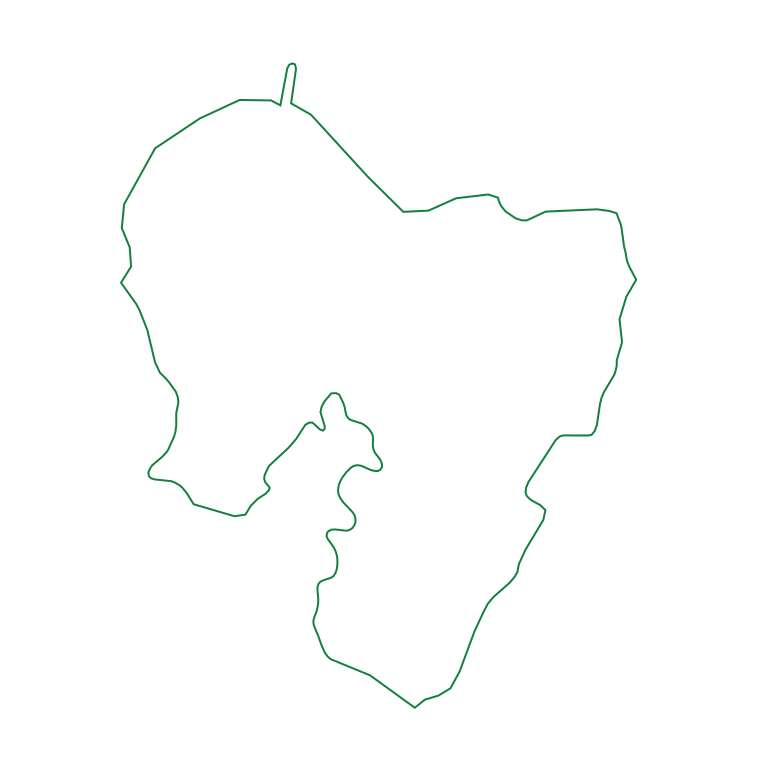 outline of North Tipperary, rotated 177°
{"feature_id": "IRL-724", "entity_name": "North Tipperary", "entity_type": "County", "adm_level": 1, "iso_a3": "IRL", "parent_name": "Ireland", "parent_adm1": "", "projection": "albers", "projection_center": [-8.01, 52.847], "detail": "fine", "context": "isolated", "style": "outline", "palette": "green", "viewbox_px": 768, "rotation_deg": 177, "n_neighbors": 0, "source": "natural_earth", "source_scale": "10m", "svg_char_len": 2872}
<svg xmlns="http://www.w3.org/2000/svg" viewBox="0 0 768 768"><g transform="rotate(177 384 384)"><path d="M580.4,273.9L586.7,285.4L590.6,290.7L592.8,293.1L598.3,296.7L601.7,298.1L617.9,300.7L621.5,302.0L623.5,304.2L624.0,307.8L622.1,311.8L619.8,314.9L609.2,323.0L604.6,327.4L602.8,330.0L596.3,342.7L594.7,347.4L593.6,353.8L593.0,365.7L590.3,376.4L590.5,381.1L592.2,387.0L598.1,396.3L601.8,401.2L607.2,407.0L611.5,417.7L617.6,450.5L624.1,470.0L627.2,476.8L641.3,498.9L630.4,514.5L630.8,533.8L637.7,553.5L634.1,577.1L600.2,631.4L553.9,658.9L513.3,675.2L481.9,673.1L472.9,667.7L464.1,704.3L461.8,707.9L458.6,708.9L456.1,707.8L455.4,703.2L462.1,669.1L442.9,656.8L431.8,643.4L389.4,591.9L355.7,554.9L330.5,554.8L302.3,565.7L270.0,567.8L260.4,564.1L259.6,560.2L257.5,555.2L253.5,549.9L244.0,542.6L238.0,540.3L232.9,539.9L213.6,547.7L162.1,547.3L150.0,545.0L142.9,542.4L139.5,531.9L138.7,528.2L137.1,509.2L136.8,507.1L136.1,504.0L134.9,494.3L132.8,488.1L126.7,474.9L137.4,458.5L145.4,436.4L144.1,413.0L150.3,395.6L150.6,390.3L152.0,385.1L153.6,381.1L164.8,364.4L167.4,359.1L169.4,352.5L173.5,332.1L176.1,325.9L179.4,322.3L183.0,321.9L207.9,323.3L211.5,322.3L215.5,319.0L244.8,278.7L247.5,273.1L248.3,268.1L247.3,264.8L245.2,262.2L242.8,260.2L234.2,254.8L229.4,249.6L232.0,239.9L251.4,211.1L258.8,196.9L260.7,189.0L263.8,184.4L269.2,178.7L285.7,165.7L291.8,159.2L296.7,150.8L306.6,132.2L323.5,93.0L333.5,76.7L345.9,70.0L359.6,66.7L370.2,59.1L413.2,93.8L451.7,112.0L454.7,115.0L457.3,119.1L460.3,127.2L463.2,137.0L464.5,140.3L466.7,146.7L467.0,150.1L466.6,152.4L465.7,155.0L463.1,160.9L462.1,164.4L461.3,168.1L460.9,172.2L461.2,180.5L461.1,184.4L459.9,187.8L457.7,190.0L454.4,191.3L447.2,193.2L444.5,194.8L442.5,197.6L441.1,200.8L440.2,204.7L439.8,208.8L439.8,212.7L440.3,216.6L441.3,220.1L442.8,223.5L445.7,228.3L447.3,230.5L448.3,232.3L449.2,234.5L448.9,237.9L447.1,240.0L444.0,241.3L440.5,241.3L429.1,239.4L425.8,240.2L423.1,241.8L421.1,244.4L419.8,247.4L419.6,251.1L420.3,254.6L421.9,257.4L431.3,268.5L433.5,272.2L435.1,276.0L435.5,280.0L434.9,283.6L433.8,287.0L432.4,289.8L429.9,293.6L426.1,298.0L421.4,302.2L418.9,303.6L416.3,304.2L413.8,304.2L410.7,303.4L401.5,298.7L398.3,297.8L394.7,297.4L392.0,298.7L390.3,301.3L390.3,304.5L391.2,307.4L392.6,310.0L396.5,315.6L397.9,319.0L398.4,322.8L397.8,330.3L398.1,333.8L399.5,336.9L401.5,339.9L404.1,342.7L407.9,345.6L419.4,349.9L421.6,351.8L423.2,354.7L424.0,358.6L424.3,362.2L425.6,367.0L429.3,375.8L432.4,377.4L437.1,377.4L444.6,369.5L447.6,364.2L448.9,359.1L445.4,344.9L445.7,342.1L447.4,340.6L450.5,342.1L455.8,347.6L457.8,349.3L460.9,349.3L464.7,347.3L474.8,333.5L482.8,325.2L502.8,308.5L503.9,306.9L506.8,301.6L508.1,298.8L508.6,295.6L507.9,292.5L506.2,289.9L504.4,287.9L503.6,286.3L504.6,283.8L508.0,280.6L516.0,276.0L523.4,269.4L529.2,260.8L540.3,259.8L580.4,273.9Z" fill="none" stroke="#15803d" stroke-width="2"/></g></svg>